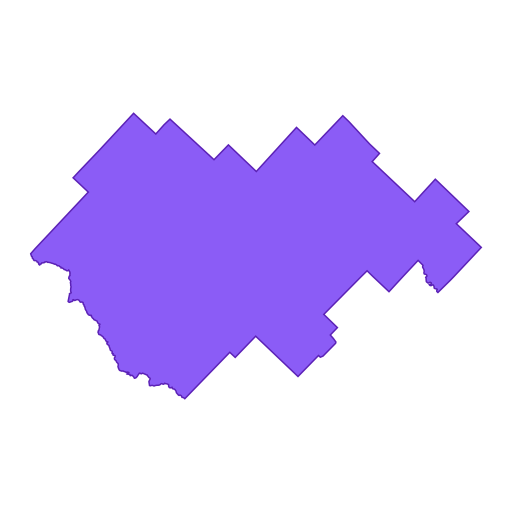 the district of Chacabuco, Buenos Aires, Argentina
{"feature_id": "61730980B66564977593672", "entity_name": "Chacabuco", "entity_type": "district", "adm_level": 2, "iso_a3": "ARG", "parent_name": "Argentina", "parent_adm1": "Buenos Aires", "projection": "orthographic", "projection_center": [-60.523, -34.634], "detail": "fine", "context": "isolated", "style": "filled", "palette": "violet", "viewbox_px": 512, "rotation_deg": 0, "n_neighbors": 0, "source": "geoboundaries", "source_scale": "gbopen_adm2", "svg_char_len": 5881}
<svg xmlns="http://www.w3.org/2000/svg" viewBox="0 0 512 512"><path d="M73.1,177.8L88.3,192.1L35.1,248.7L30.7,253.7L30.8,254.0L30.9,254.5L31.1,254.8L31.2,255.1L31.3,255.8L31.6,256.1L31.6,256.3L32.3,256.9L32.3,257.3L32.3,257.9L32.4,258.2L32.7,258.4L32.9,258.7L33.2,258.9L33.5,259.3L33.5,259.7L34.1,260.5L34.4,260.6L35.2,260.6L35.6,260.6L36.1,260.8L36.5,261.0L36.9,261.3L37.0,261.6L37.1,262.0L38.0,262.2L38.5,263.2L38.6,263.6L38.7,264.1L39.1,264.2L39.4,264.9L39.7,265.0L40.0,264.6L40.0,264.3L41.2,263.9L41.5,263.4L41.8,262.9L42.1,262.8L42.8,262.9L43.4,262.8L43.7,262.6L44.1,262.5L44.5,262.6L44.8,262.4L45.0,261.9L45.4,261.9L46.1,261.7L46.8,261.7L47.2,262.1L47.8,262.4L48.7,262.3L49.8,262.6L50.3,262.6L51.1,263.0L52.3,263.3L52.9,263.5L53.4,263.6L53.8,263.8L54.0,264.0L54.5,264.2L54.9,264.1L55.4,264.2L55.9,264.5L56.7,264.9L57.0,265.5L57.5,265.8L58.5,265.7L59.0,265.8L59.3,266.1L59.8,266.6L60.3,266.9L60.9,267.1L61.2,267.4L61.1,267.5L61.0,267.9L61.4,268.0L62.2,268.0L63.5,268.7L63.7,269.0L64.0,269.4L64.2,269.6L65.2,269.7L66.9,270.8L67.8,270.7L68.3,270.5L68.4,270.3L68.7,270.0L68.9,270.2L69.0,270.5L69.5,271.4L69.9,272.1L69.9,272.6L70.0,272.8L69.9,273.2L69.9,273.5L70.1,273.8L69.9,274.3L69.9,274.8L70.0,275.3L70.0,275.6L69.5,275.9L69.2,276.3L68.8,277.8L68.8,278.6L69.8,279.6L70.0,280.0L70.4,280.6L70.8,281.3L70.6,282.1L70.4,282.7L70.6,283.5L70.7,284.2L70.7,284.8L70.7,285.5L71.1,287.0L70.9,287.6L70.7,288.1L70.8,288.5L70.7,289.3L70.6,289.8L70.7,290.1L70.6,290.9L70.9,292.0L71.1,292.3L71.2,292.7L71.1,292.9L70.8,293.0L70.5,293.2L70.3,293.2L70.1,293.3L69.9,293.5L69.5,293.8L69.6,294.0L68.1,301.4L68.4,301.8L68.8,302.1L69.4,302.3L69.9,302.2L70.8,301.8L71.4,301.6L72.0,301.5L72.4,301.2L72.9,300.8L73.0,300.6L72.9,299.9L73.5,299.7L73.9,300.0L74.8,300.5L76.3,299.8L77.7,299.6L78.7,300.0L79.4,300.8L79.7,301.3L79.9,301.7L80.2,302.0L80.8,302.2L81.7,302.0L82.3,302.2L82.9,302.4L83.2,302.9L83.1,303.8L83.4,304.3L83.8,304.5L84.0,305.2L84.1,306.0L84.6,306.4L84.8,306.9L84.9,307.6L85.2,308.2L85.2,308.6L85.2,308.9L85.4,309.4L85.7,309.8L85.9,310.3L86.4,311.0L86.7,311.4L86.8,312.2L87.1,312.9L87.5,313.5L88.1,314.2L88.2,314.5L88.4,314.7L88.9,315.0L89.3,315.2L90.1,315.3L90.7,315.3L91.2,315.3L91.4,315.5L91.3,316.2L92.4,317.9L92.8,318.3L93.3,318.6L93.6,319.1L94.0,319.7L94.4,319.9L95.0,320.1L97.2,321.2L97.3,321.7L97.5,322.3L97.9,323.0L98.7,323.7L99.8,324.1L99.9,324.5L99.5,325.0L99.1,325.2L99.0,325.7L99.4,326.3L99.6,326.9L99.3,328.0L99.2,328.9L99.0,329.5L98.8,330.3L98.6,330.7L98.2,331.0L98.2,331.8L98.0,332.2L98.3,332.8L98.7,334.2L99.2,334.6L99.6,334.7L100.3,334.7L100.8,335.0L101.1,335.5L101.7,335.8L102.1,336.1L103.2,337.0L103.8,338.1L104.1,338.5L105.2,339.1L105.4,339.8L105.6,340.2L106.0,340.8L106.4,341.6L106.7,341.9L107.2,341.8L107.7,341.8L107.7,342.5L107.2,343.1L106.9,343.7L107.4,344.4L107.8,344.7L108.3,345.0L109.0,345.5L109.1,346.4L109.8,348.2L109.9,348.4L110.1,349.0L110.2,349.8L110.4,350.2L110.9,350.6L111.6,350.9L112.1,351.3L112.3,352.0L112.0,352.8L112.1,353.4L112.7,353.5L113.2,353.8L112.9,354.5L113.2,355.2L113.9,355.4L114.7,355.4L115.2,356.0L115.1,356.4L114.9,357.4L114.6,357.6L114.4,358.0L114.4,358.7L114.5,359.2L114.9,359.8L115.4,360.1L116.2,360.9L116.3,361.5L116.8,362.3L117.2,362.7L118.1,363.6L118.2,364.0L118.2,364.8L118.2,365.7L118.0,366.2L118.0,366.9L118.3,367.5L118.4,368.1L118.7,368.7L119.1,369.7L119.7,370.4L120.3,370.6L121.3,371.0L121.9,371.1L122.6,371.0L123.4,371.1L124.2,371.6L124.9,371.7L125.6,371.9L125.9,372.1L126.1,372.4L126.8,372.2L127.4,372.1L128.1,372.2L128.7,372.5L128.1,373.1L127.3,373.5L127.0,374.0L127.9,374.2L128.4,374.2L129.0,374.4L129.7,374.3L130.1,374.8L130.1,375.5L130.8,375.7L131.5,375.3L132.3,375.4L133.5,376.7L134.0,377.4L134.4,378.2L135.5,378.0L136.3,377.5L136.7,377.0L137.3,376.3L137.8,375.4L138.9,373.9L139.2,373.3L139.9,373.1L140.6,373.6L141.4,373.8L142.4,373.2L142.9,373.4L143.7,373.5L144.2,373.9L145.2,374.2L146.6,374.9L147.3,375.1L147.5,375.7L148.5,376.9L148.9,377.5L149.8,378.0L150.2,378.6L149.9,379.6L149.4,380.4L148.9,381.8L149.1,382.6L149.1,382.9L149.3,384.0L149.4,384.9L149.5,385.5L150.2,385.8L151.0,385.5L152.2,385.4L152.7,385.4L153.5,385.8L154.1,386.0L154.7,385.7L156.4,385.3L158.6,385.2L159.4,385.0L160.3,384.5L161.0,383.8L161.8,383.6L162.8,384.1L163.7,384.2L164.8,383.3L165.1,383.6L167.1,383.9L167.8,384.2L168.6,384.7L168.6,385.9L168.7,386.6L169.4,387.6L170.2,387.8L171.1,387.8L172.0,387.3L172.2,387.7L172.6,388.6L173.1,388.9L173.7,389.0L174.3,389.1L175.0,389.6L175.4,390.2L176.1,391.3L176.4,392.7L177.5,394.0L178.1,394.6L178.4,395.1L179.1,395.4L180.0,395.1L180.6,395.3L181.2,395.7L181.5,396.1L181.8,397.0L182.1,397.4L182.8,397.4L183.9,397.9L184.8,398.7L229.8,352.3L235.2,357.4L255.7,336.2L298.0,376.5L318.5,355.5L320.3,357.2L323.0,356.1L335.6,343.3L335.9,342.0L333.3,338.4L330.3,335.0L337.4,327.6L323.8,314.4L361.5,276.3L367.1,270.8L372.8,276.4L389.0,291.7L402.9,276.6L418.1,260.4L422.9,265.2L423.0,265.5L422.7,266.2L422.6,267.0L422.9,267.7L423.4,268.5L423.6,269.0L423.9,269.5L424.0,270.1L424.1,270.7L424.2,271.3L423.9,272.9L424.1,273.6L424.3,274.0L425.7,274.3L426.4,274.7L426.8,275.2L426.9,276.0L426.8,276.3L426.3,276.6L425.7,277.5L426.1,278.1L426.1,278.8L426.1,279.5L426.2,280.2L426.2,280.7L426.3,281.5L426.6,282.0L427.4,282.5L428.1,283.1L429.0,282.8L429.6,282.4L430.3,282.3L431.2,282.8L431.4,283.5L430.8,284.2L429.3,284.7L429.7,285.2L430.3,285.6L431.3,285.6L432.0,285.2L432.4,284.9L433.1,284.9L433.4,285.2L434.1,286.5L434.1,287.4L434.2,288.1L434.8,288.5L435.2,288.7L435.9,288.8L436.8,288.9L437.2,289.4L437.0,289.9L436.9,290.0L436.7,291.1L436.8,291.4L437.4,292.1L437.9,292.5L450.3,280.3L453.7,276.8L481.3,247.4L456.3,223.7L468.9,211.5L435.3,179.2L421.9,193.8L414.7,201.7L372.2,161.6L379.5,153.4L369.5,143.9L348.8,121.5L342.8,115.7L314.8,145.0L296.5,127.4L256.3,171.5L228.4,144.9L214.0,159.7L170.0,119.1L164.1,124.7L155.8,134.0L133.6,113.3L99.7,149.8L78.7,171.8L73.1,177.8Z" fill="#8b5cf6" stroke="#5b21b6" stroke-width="1.5"/></svg>